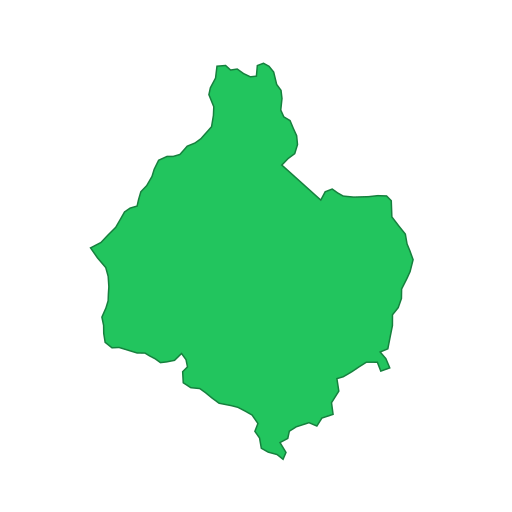 Charqueada, São Paulo, Brazil, rotated 17°
{"feature_id": "56859067B6350231232684", "entity_name": "Charqueada", "entity_type": "district", "adm_level": 2, "iso_a3": "BRA", "parent_name": "Brazil", "parent_adm1": "São Paulo", "projection": "robinson", "projection_center": [-47.747, -22.525], "detail": "fine", "context": "isolated", "style": "filled", "palette": "green", "viewbox_px": 512, "rotation_deg": 17, "n_neighbors": 0, "source": "geoboundaries", "source_scale": "gbopen_adm2", "svg_char_len": 1810}
<svg xmlns="http://www.w3.org/2000/svg" viewBox="0 0 512 512"><g transform="rotate(17 256 256)"><path d="M408.0,294.7L406.8,282.6L403.7,272.3L407.1,263.8L407.5,254.1L404.9,245.0L406.9,233.4L407.9,225.9L407.3,213.6L401.6,206.0L396.9,200.3L392.4,191.4L384.0,185.7L374.5,178.9L369.2,163.6L363.3,160.4L354.8,162.7L346.2,166.4L338.5,169.0L332.3,171.1L321.9,173.2L315.6,171.8L309.3,169.7L303.4,174.3L301.6,183.6L254.1,161.5L258.2,153.4L263.1,146.8L263.1,137.3L259.7,129.1L254.3,123.0L249.0,116.6L241.9,114.8L237.0,109.2L234.8,97.8L231.5,90.3L225.6,85.9L219.1,74.9L213.0,70.8L206.8,69.5L201.6,73.5L203.8,83.9L198.2,86.3L190.8,85.2L183.4,82.7L177.3,85.6L171.2,82.7L163.2,85.9L165.3,97.7L163.2,108.5L163.8,115.5L172.0,125.6L174.2,134.1L175.7,145.4L169.0,160.0L164.6,165.8L158.1,171.1L153.6,181.1L147.7,185.0L141.8,186.8L134.9,192.9L133.3,202.8L133.3,210.3L130.9,220.7L127.1,228.2L127.2,236.4L127.7,243.0L121.6,247.0L117.4,252.3L115.5,260.9L113.5,269.5L108.4,279.1L103.8,288.4L95.4,296.6L104.9,304.1L115.7,311.0L120.6,318.7L124.3,328.5L125.9,335.3L127.7,342.1L127.7,349.6L126.5,359.5L130.6,367.0L133.0,374.5L137.0,382.7L145.1,385.9L151.8,383.5L170.6,383.5L178.2,381.3L183.7,382.7L189.7,383.8L195.8,385.9L201.5,383.4L208.6,379.6L213.3,371.0L219.4,375.6L222.9,382.1L219.7,388.1L223.5,398.5L232.1,401.0L241.0,399.2L247.2,401.3L255.5,404.7L263.7,407.6L276.3,406.3L282.8,406.0L290.5,407.4L298.7,409.2L306.8,415.6L306.2,424.0L312.6,429.0L317.3,438.3L325.0,440.0L334.2,439.7L341.3,442.5L342.1,435.1L333.5,427.4L339.7,421.1L339.1,413.8L344.4,407.6L355.4,399.9L363.9,400.8L366.4,391.7L376.0,384.9L371.1,374.2L374.7,361.0L369.2,349.6L374.7,346.0L381.6,338.5L387.1,331.7L392.6,325.3L403.1,322.1L409.0,329.6L416.6,323.9L410.2,316.2L402.8,311.5L409.2,306.2L408.0,294.7Z" fill="#22c55e" stroke="#15803d" stroke-width="1.5"/></g></svg>